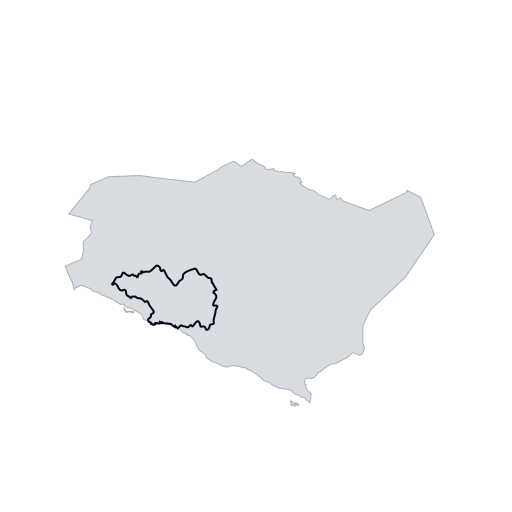 Saudi Arabia, with Al Madinah highlighted, rotated 326°
{"feature_id": "SAU-845", "entity_name": "Al Madinah", "entity_type": "Region", "adm_level": 1, "iso_a3": "SAU", "parent_name": "Saudi Arabia", "parent_adm1": "", "projection": "natural_earth1", "projection_center": [39.015, 24.943], "detail": "fine", "context": "in_parent", "style": "outline", "palette": "ink", "viewbox_px": 512, "rotation_deg": 326, "n_neighbors": 0, "source": "natural_earth", "source_scale": "10m", "svg_char_len": 9388}
<svg xmlns="http://www.w3.org/2000/svg" viewBox="0 0 512 512"><g transform="rotate(326 256 256)"><path d="M367.5,357.2L322.3,364.4L319.8,365.2L305.8,373.4L296.3,387.0L294.1,393.4L293.0,394.4L291.0,395.7L289.3,396.6L286.6,396.5L283.3,391.5L282.4,390.5L281.7,390.4L275.6,391.2L263.0,389.8L260.9,389.5L258.1,387.8L257.4,387.5L256.6,387.4L250.1,387.3L246.8,387.8L243.7,387.6L240.5,387.9L239.3,388.6L238.1,388.5L237.3,389.1L236.6,389.4L235.7,388.9L234.7,389.0L233.2,388.6L232.3,387.5L231.3,386.5L230.4,386.0L229.3,385.7L228.4,385.7L227.2,386.3L226.5,386.8L224.7,388.7L224.7,389.4L225.5,390.5L225.2,391.0L224.2,391.7L223.9,393.4L223.7,394.4L223.6,396.7L224.0,398.5L224.7,399.2L224.7,400.0L224.4,401.6L223.4,402.0L222.7,403.5L222.2,404.2L221.5,405.0L218.4,407.7L218.3,406.1L217.3,403.9L217.2,402.3L216.8,400.6L215.9,399.4L214.4,398.1L214.2,396.4L213.1,394.6L211.6,393.2L210.7,390.7L210.1,387.2L206.1,382.7L201.2,378.6L199.7,376.2L197.2,371.5L196.0,367.7L192.7,363.3L192.5,361.7L192.0,359.6L191.2,357.4L190.8,355.6L187.5,347.7L186.4,346.5L185.5,344.7L185.2,343.4L184.9,342.6L182.6,341.3L180.4,338.1L173.9,332.8L170.7,332.3L168.2,330.4L166.3,328.0L164.3,323.8L160.8,319.2L157.9,312.7L158.8,310.4L158.7,308.7L157.8,305.9L156.8,303.8L156.2,301.7L156.7,298.8L156.9,295.5L157.5,293.8L157.9,291.9L157.4,288.0L156.4,286.0L156.5,284.6L155.4,284.0L154.5,282.5L155.4,282.5L153.7,280.4L153.1,279.3L152.4,276.5L151.6,274.3L149.0,269.4L147.7,266.5L144.9,262.6L141.9,259.8L139.9,258.5L139.0,257.4L137.4,257.3L135.7,255.6L134.5,255.6L132.9,255.3L131.1,252.1L129.7,249.1L127.1,245.1L127.8,244.1L128.5,242.4L128.2,240.3L127.8,238.8L126.7,236.1L123.0,229.3L122.1,228.3L120.5,227.2L119.6,224.3L119.1,221.6L116.6,220.4L112.4,210.9L109.9,207.6L108.9,205.4L106.1,201.8L104.7,198.1L101.8,194.8L99.4,189.0L95.5,183.2L93.9,182.2L89.9,181.8L88.2,181.3L86.7,182.6L86.6,181.0L87.7,178.8L89.2,174.1L89.6,170.0L92.1,157.8L109.0,160.9L109.8,160.7L116.3,155.0L120.0,148.5L120.8,147.9L132.1,145.4L132.5,145.1L134.8,139.2L135.0,138.9L135.3,138.6L140.2,135.6L132.4,125.9L124.2,116.5L155.8,106.8L156.3,106.6L158.7,104.3L172.5,106.8L177.9,107.9L179.7,108.8L204.9,124.5L217.4,135.7L246.7,160.7L247.1,160.8L273.2,163.3L276.0,162.7L283.2,163.7L290.3,164.8L291.8,167.7L292.3,169.7L292.9,171.7L294.3,173.6L300.3,173.5L306.6,173.4L307.5,175.2L307.9,177.0L309.7,181.3L312.1,184.6L312.7,185.9L313.1,187.7L312.7,188.4L312.6,189.2L314.4,191.0L317.3,192.5L318.4,192.9L319.7,193.6L318.7,194.7L320.5,197.1L322.5,199.6L324.6,200.2L327.6,204.0L332.0,206.4L334.6,209.6L334.4,209.7L333.6,209.4L332.7,208.9L332.4,209.3L332.5,210.7L332.8,212.2L334.1,213.6L335.3,214.6L335.8,216.5L335.0,220.5L334.7,220.5L334.0,220.1L333.4,220.0L333.0,220.3L333.9,223.1L334.7,225.4L335.7,227.1L336.6,229.7L337.3,230.8L340.1,233.5L341.0,235.8L341.9,240.0L343.7,242.4L344.7,244.2L346.0,245.7L346.9,247.8L348.1,249.5L348.7,249.9L349.6,250.0L350.8,250.1L352.1,249.6L353.6,249.2L354.7,250.1L355.9,249.9L356.0,250.7L355.3,251.7L354.4,254.4L355.7,254.8L357.1,255.0L358.0,255.4L358.5,255.4L358.6,256.0L358.7,258.5L359.0,259.4L375.1,281.5L416.4,287.5L416.7,287.4L417.7,285.9L425.4,299.4L415.8,338.0L367.5,357.2ZM205.2,401.1L206.4,401.2L205.9,400.6L205.8,400.3L206.3,399.4L208.1,401.2L208.1,403.3L207.9,403.8L207.4,403.4L207.1,402.9L207.0,402.4L206.5,401.9L204.8,402.3L203.7,401.7L202.1,399.8L201.7,398.5L202.3,398.3L203.0,397.7L203.5,396.6L203.1,395.5L204.0,395.7L204.5,396.8L204.6,399.3L204.7,399.8L204.5,400.4L205.2,401.1ZM122.7,234.3L122.3,234.3L121.2,233.0L120.5,232.0L119.8,231.4L116.8,230.1L116.4,229.2L116.8,228.4L117.2,229.2L117.7,229.7L120.2,230.9L123.1,233.5L123.6,233.7L122.7,234.3ZM117.8,227.9L117.7,228.2L117.0,227.5L117.1,226.0L117.6,225.2L117.6,226.3L117.8,227.5L117.8,227.9Z" fill="#d9dde1" stroke="#a8b0b8" stroke-width="1"/><path d="M150.6,272.1L150.6,271.7L150.5,271.2L150.4,270.8L150.4,270.4L150.1,270.1L150.0,269.9L149.9,269.6L149.9,269.2L149.6,269.5L149.4,269.4L149.3,269.7L149.4,269.9L149.8,270.0L149.3,270.1L149.0,269.7L148.9,268.8L148.2,267.8L147.9,266.5L147.7,266.0L147.7,265.5L147.6,265.1L147.3,264.7L147.1,264.7L146.7,264.5L146.5,264.3L146.5,264.0L146.3,263.7L146.1,263.4L145.9,263.3L145.6,263.3L145.4,263.1L145.2,263.0L145.1,262.7L144.8,262.3L144.7,262.2L144.4,262.0L144.1,261.9L143.8,261.8L143.5,261.6L143.3,261.4L142.9,261.1L142.6,260.6L142.3,260.4L142.0,260.1L141.5,259.6L141.4,259.5L141.1,259.5L140.6,259.4L140.4,259.1L139.7,258.7L139.2,258.3L139.3,258.0L139.6,257.8L140.0,257.7L139.8,257.6L139.6,257.7L139.3,257.8L139.2,257.6L139.4,257.2L139.4,256.9L139.2,257.0L138.9,257.2L139.0,257.3L139.0,257.5L139.0,257.8L139.0,258.1L138.6,257.9L138.1,258.0L137.4,257.4L137.2,257.2L136.5,256.7L136.4,256.3L136.2,256.1L135.9,256.0L135.6,255.8L135.4,255.6L135.1,255.3L134.7,255.3L134.3,255.5L134.2,255.8L134.3,256.2L133.6,256.2L133.4,255.9L133.0,255.6L132.6,255.8L132.2,255.4L132.0,254.9L131.7,254.4L131.1,253.9L130.9,253.2L131.1,252.8L131.5,253.1L131.7,252.8L131.6,252.4L130.4,250.5L130.4,250.4L130.6,249.3L130.7,248.9L130.9,248.6L131.2,248.3L131.5,248.1L131.8,248.0L133.1,248.0L133.7,247.9L134.1,247.8L134.5,247.7L134.9,247.4L135.3,247.0L135.7,246.4L136.0,246.0L136.4,245.7L136.7,245.7L137.1,245.7L137.8,245.8L138.6,245.9L139.0,245.8L139.4,245.6L139.8,245.3L140.1,244.8L140.2,244.4L140.3,244.1L140.1,237.8L140.7,233.4L140.7,233.0L140.5,232.7L140.3,232.4L140.1,232.3L139.8,232.2L138.8,232.2L138.5,232.1L138.4,232.1L138.2,231.6L137.7,229.3L137.2,227.8L136.9,227.3L136.7,226.9L136.4,226.5L134.3,224.6L134.1,224.3L133.9,223.9L133.7,223.5L133.5,222.4L133.4,222.3L133.3,222.2L133.1,222.0L130.2,220.2L129.9,220.2L129.5,220.3L129.0,220.8L128.7,220.9L128.6,220.7L128.5,220.3L128.3,219.6L128.1,218.8L127.2,216.7L127.1,216.3L127.0,215.9L127.1,215.5L127.1,215.1L127.4,214.4L128.4,212.6L128.5,212.3L128.6,211.9L128.6,211.4L128.4,211.0L128.2,210.6L127.8,210.4L126.0,209.8L125.6,209.7L125.3,209.4L124.9,209.0L124.6,208.7L124.4,208.3L124.3,207.9L124.2,207.4L124.1,207.0L124.1,206.2L124.4,203.6L124.5,202.5L124.4,202.0L124.2,200.8L124.1,200.5L123.9,200.2L123.7,200.0L123.4,199.8L123.1,199.6L122.9,199.6L122.6,199.6L121.6,199.8L121.2,199.8L121.0,199.6L120.9,199.3L121.0,199.0L121.3,198.7L121.6,198.5L123.5,198.0L127.6,195.9L127.9,195.8L128.4,195.8L128.9,195.9L129.6,196.2L130.9,197.1L131.4,197.3L132.1,197.5L132.4,197.5L132.8,197.4L133.1,197.3L136.1,195.5L136.4,195.5L136.7,195.6L137.1,196.0L137.4,196.3L137.5,196.6L137.9,198.4L138.2,199.2L138.6,199.8L139.4,201.3L139.8,201.6L140.3,201.9L141.0,202.0L142.6,202.1L142.9,202.2L143.3,202.3L143.5,202.5L143.7,202.8L143.7,203.0L143.7,203.3L143.7,203.6L143.8,204.0L144.1,204.3L145.1,205.0L145.3,205.3L145.4,205.6L145.4,206.0L145.4,206.4L145.4,206.8L145.5,207.1L145.9,207.2L146.4,207.1L146.8,206.8L148.2,205.5L148.5,205.4L148.8,205.3L149.2,205.4L149.7,205.6L150.9,206.2L151.3,206.3L151.7,206.3L152.1,206.1L152.1,205.8L152.1,205.5L152.0,205.1L152.0,204.7L152.5,204.5L152.9,204.9L153.1,205.3L153.3,206.1L153.7,206.4L154.3,206.7L156.3,207.5L158.2,209.1L158.8,209.3L159.6,209.5L161.2,209.4L167.9,208.3L168.2,208.4L168.6,208.6L168.9,208.9L169.4,209.7L169.7,210.6L169.8,210.9L169.8,211.4L169.8,211.8L169.7,212.5L169.6,212.8L169.0,213.9L168.8,214.5L168.9,215.0L169.0,215.4L169.3,215.7L169.7,215.8L170.0,215.9L170.8,215.7L171.2,215.7L171.5,216.0L171.7,216.4L171.7,216.8L170.9,223.3L170.8,223.9L170.9,224.4L171.4,226.5L171.7,228.4L171.6,233.5L171.7,234.1L171.8,234.5L172.1,234.9L172.3,235.2L172.5,235.3L172.8,235.5L173.1,235.6L173.5,235.7L173.9,235.6L174.2,235.6L178.2,234.0L179.0,233.9L180.9,233.9L181.6,233.9L182.0,233.8L182.3,233.7L182.5,233.6L182.8,233.4L183.1,233.2L183.4,232.8L184.6,231.2L184.9,230.9L185.4,230.6L185.9,230.4L186.4,230.3L189.1,230.1L193.6,230.9L195.0,231.3L195.4,231.5L197.5,232.0L198.2,232.3L198.5,232.5L198.8,232.9L198.9,233.4L199.0,233.8L198.7,238.8L198.8,239.3L198.9,239.7L199.2,240.2L199.6,240.6L199.9,240.8L202.0,241.4L202.3,241.5L202.5,241.7L202.8,242.2L203.1,243.0L203.9,246.6L204.2,247.4L204.5,247.7L204.7,248.0L206.1,249.2L206.1,249.8L206.0,250.7L205.7,251.2L205.7,251.3L205.0,252.4L204.7,252.8L204.6,253.1L204.6,253.4L204.6,253.6L204.9,254.2L204.9,254.6L204.8,255.4L204.6,256.8L204.4,260.1L204.4,261.9L202.3,261.6L201.3,261.6L201.0,261.8L200.6,262.1L200.4,262.4L200.3,262.8L200.4,263.2L200.8,264.5L200.9,264.9L200.9,265.3L200.9,266.1L200.8,266.6L200.6,267.1L200.1,267.8L199.8,268.3L199.4,268.6L196.5,270.0L194.4,271.3L193.7,271.9L193.2,272.4L193.0,272.9L193.2,273.3L193.4,273.6L193.8,273.9L195.5,275.0L195.8,275.3L195.9,275.7L195.8,276.3L195.4,276.6L195.1,276.9L193.2,277.6L192.8,277.9L192.3,278.4L190.0,280.9L185.5,284.9L184.8,285.7L183.7,287.7L183.3,288.2L182.9,288.4L182.5,288.4L180.0,287.5L179.6,287.5L179.1,287.6L178.5,288.0L176.8,289.6L176.5,289.8L176.4,289.8L176.0,290.0L175.6,290.0L175.3,290.0L174.2,289.8L173.8,289.6L173.6,289.3L173.6,288.9L173.6,288.5L173.8,287.7L173.9,286.9L173.8,286.5L173.8,286.1L173.6,285.7L173.3,285.3L173.0,285.0L172.7,284.7L172.3,284.5L171.2,284.1L170.9,283.9L170.7,283.6L170.6,283.3L170.7,282.9L171.6,280.6L171.7,280.2L171.8,279.3L171.7,278.7L171.7,278.3L171.6,278.0L171.4,277.6L171.1,277.4L170.7,277.3L170.4,277.2L168.9,277.4L165.4,278.6L164.2,278.9L163.8,278.7L163.7,278.4L163.6,277.6L163.5,277.2L163.4,276.9L163.1,276.7L162.6,276.7L160.9,277.0L160.2,277.1L159.7,277.0L159.3,276.7L158.9,276.4L157.7,274.7L156.4,273.5L156.2,273.2L155.5,272.0L155.2,271.7L154.8,271.5L154.3,271.6L153.1,271.9L151.1,272.0L150.6,272.1Z" fill="none" stroke="#020617" stroke-width="2"/></g></svg>